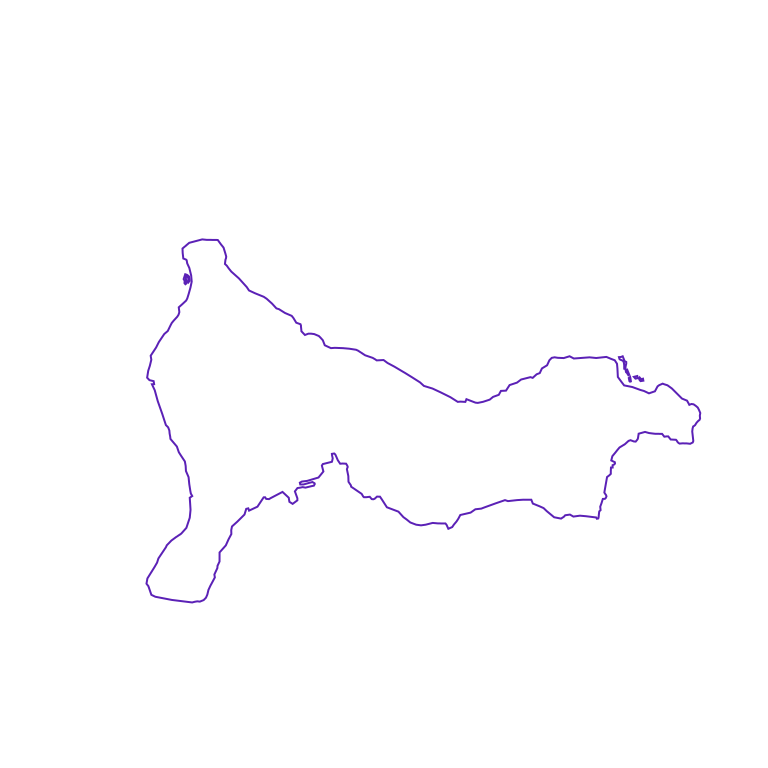 the district of Udot, Federated States of Micronesia, rotated 341°
{"feature_id": "79324940B84620093973822", "entity_name": "Udot", "entity_type": "district", "adm_level": 2, "iso_a3": "FSM", "parent_name": "Federated States of Micronesia", "parent_adm1": "", "projection": "mercator", "projection_center": [151.721, 7.382], "detail": "fine", "context": "isolated", "style": "outline", "palette": "violet", "viewbox_px": 768, "rotation_deg": 341, "n_neighbors": 0, "source": "geoboundaries", "source_scale": "gbopen_adm2", "svg_char_len": 5676}
<svg xmlns="http://www.w3.org/2000/svg" viewBox="0 0 768 768"><g transform="rotate(341 384 384)"><path d="M312.0,433.1L314.3,433.5L315.0,434.8L315.2,436.8L315.5,441.0L316.6,445.1L318.9,445.7L322.2,447.0L322.7,449.3L322.7,450.6L321.2,452.4L320.3,459.4L318.6,464.9L318.8,465.7L319.7,469.0L319.5,470.4L327.1,480.6L327.7,483.6L328.2,484.5L330.1,485.2L333.8,486.0L334.9,488.8L336.3,489.5L337.7,489.5L340.7,488.2L343.5,489.2L344.4,492.5L346.6,501.5L356.1,509.4L359.0,516.2L361.3,519.5L363.8,523.5L368.6,527.5L373.0,529.7L377.6,530.6L384.8,531.2L389.7,533.4L396.7,535.9L397.3,537.6L397.7,541.8L401.9,541.5L404.3,539.7L407.8,537.6L410.4,535.6L413.5,532.7L424.0,533.8L429.6,532.2L435.4,533.5L438.2,533.4L450.6,533.2L460.6,533.2L463.1,535.1L472.0,537.1L478.2,538.8L485.6,541.4L485.8,545.5L491.3,550.3L494.5,553.3L496.5,557.2L501.5,565.4L504.8,567.3L507.6,568.9L510.8,568.1L512.6,567.1L517.3,568.0L519.9,571.0L526.4,572.3L532.0,574.8L541.2,579.3L541.4,580.7L542.8,580.9L543.5,579.9L545.5,575.6L546.1,574.5L547.7,573.8L548.5,570.4L550.7,567.7L553.5,563.9L555.4,564.5L556.7,563.9L557.8,562.6L557.8,561.4L557.3,559.7L557.0,558.4L557.9,556.7L564.6,544.6L567.3,543.7L569.2,542.8L569.9,540.7L571.4,536.9L573.0,537.4L573.7,535.2L575.6,535.0L576.5,534.4L576.8,533.1L574.0,530.3L576.4,526.6L580.2,524.3L583.0,522.5L586.0,520.7L592.3,519.3L596.7,517.4L598.8,517.4L601.6,519.7L603.2,520.4L604.4,519.7L605.8,518.8L606.5,517.9L608.6,513.9L615.2,514.3L618.7,516.7L623.8,519.2L630.7,521.7L631.9,525.1L634.4,525.6L635.7,526.1L637.0,529.8L639.7,530.9L641.9,531.8L642.3,532.7L642.7,534.5L643.3,535.7L644.1,536.6L646.6,537.2L650.6,538.6L654.0,540.2L656.9,539.8L657.9,538.6L660.0,529.2L661.3,526.5L662.5,524.8L663.5,524.6L664.7,524.2L666.9,522.4L668.9,521.3L670.6,520.7L671.6,519.6L672.3,516.8L673.6,514.4L673.4,511.1L673.0,508.4L671.7,506.2L670.1,504.0L668.2,503.0L665.9,503.1L665.7,501.7L665.1,498.4L661.0,494.8L654.7,481.9L651.6,477.5L648.9,475.5L647.6,474.4L643.8,474.7L641.9,475.3L637.8,479.1L631.5,479.1L627.5,475.2L624.6,473.2L617.8,467.7L610.6,463.5L609.2,459.3L607.4,453.5L609.8,445.2L610.9,440.7L609.9,436.7L606.8,434.1L603.1,430.8L593.1,428.5L587.0,425.7L571.8,421.7L568.5,418.2L562.4,418.0L556.8,415.8L554.0,414.3L551.1,413.9L548.1,415.4L544.3,419.4L538.4,420.7L534.8,424.4L531.5,424.5L526.6,426.6L524.7,425.2L515.1,424.4L510.2,426.0L502.4,425.9L497.2,430.0L492.3,428.6L489.0,431.6L482.9,431.7L478.9,433.2L471.9,433.1L466.5,432.4L464.4,431.4L457.0,425.2L455.1,427.4L450.4,425.5L447.9,424.9L447.2,424.0L442.5,418.1L434.9,410.4L428.4,404.1L421.1,398.8L418.6,394.2L412.8,386.9L407.0,379.8L406.7,379.5L399.5,371.0L394.2,365.3L391.4,361.2L384.8,359.3L383.6,357.7L381.8,355.6L375.5,350.7L370.3,344.0L368.7,342.5L362.6,339.3L357.0,336.8L349.3,333.8L345.5,332.8L340.6,328.1L340.4,322.7L339.0,319.4L338.0,317.4L334.3,314.1L331.5,312.7L328.9,311.8L325.2,311.9L323.1,307.3L323.8,304.4L324.2,302.6L324.5,301.8L324.5,300.3L321.0,297.5L319.8,292.0L318.9,289.5L313.5,284.6L309.0,279.0L306.9,277.5L304.3,271.5L300.8,265.2L298.7,262.4L291.7,256.3L286.8,251.6L285.8,247.7L281.2,236.9L276.2,228.0L274.8,224.1L273.9,221.0L272.7,218.7L274.6,214.8L275.6,213.6L276.3,212.1L276.5,208.9L276.7,202.8L275.3,198.9L273.7,193.7L263.1,189.9L259.2,188.1L245.8,187.1L237.6,190.3L236.3,194.6L235.1,200.0L237.3,201.9L237.7,202.7L237.2,205.9L237.7,210.9L237.0,218.6L235.5,224.6L232.4,229.8L228.6,235.3L225.8,239.1L224.1,240.7L219.4,242.8L214.9,244.7L213.9,249.4L212.3,251.6L210.4,253.1L205.8,255.6L203.2,257.2L201.3,259.0L196.8,263.5L192.5,265.2L184.7,271.1L180.4,275.3L172.6,281.3L171.9,285.3L168.5,290.6L165.4,294.7L162.1,300.9L163.5,304.0L167.1,306.3L166.8,308.2L166.6,309.3L164.5,308.7L165.2,315.3L164.5,326.5L164.6,340.0L164.4,351.8L165.8,354.7L165.9,358.1L165.2,360.9L164.7,364.2L164.2,366.4L167.8,375.7L167.8,381.7L168.8,385.9L170.5,392.4L169.8,396.9L168.4,401.8L168.9,408.4L167.3,415.2L166.1,421.9L165.7,424.7L166.2,427.5L163.3,428.3L161.7,434.2L160.1,440.0L156.8,447.2L150.3,455.7L143.5,459.5L137.4,461.1L132.0,462.8L126.1,465.8L124.7,467.3L113.9,475.5L111.3,479.0L107.5,482.3L97.0,490.8L94.4,495.5L95.4,498.4L95.4,507.6L98.5,510.7L113.1,519.1L131.5,528.1L134.2,528.3L136.7,528.7L139.0,529.8L143.1,529.6L146.1,528.1L148.4,525.6L151.0,521.5L154.3,518.1L156.6,516.0L161.1,511.8L161.6,508.9L166.5,503.8L167.4,501.7L170.7,498.3L173.7,489.7L181.9,485.1L186.4,480.3L190.8,476.2L192.0,472.4L193.9,469.2L200.5,466.4L209.6,462.0L213.1,457.2L215.2,457.4L215.2,459.8L224.4,458.8L233.3,452.0L234.7,452.4L235.2,454.3L237.8,455.4L239.7,455.0L252.9,453.0L256.9,460.5L256.2,464.6L258.6,467.6L264.2,465.8L264.9,463.8L264.8,456.5L268.3,454.2L270.9,454.7L273.5,455.0L276.0,456.4L282.3,457.0L284.6,457.3L286.0,456.0L286.0,455.2L284.4,453.4L280.5,453.1L275.3,452.8L272.1,451.7L272.3,449.9L274.6,449.5L279.8,450.6L291.6,451.1L298.2,447.0L298.7,440.9L300.1,439.8L309.4,440.6L310.1,439.6L311.3,437.6L311.7,434.2L312.0,433.1ZM616.9,435.6L614.9,435.1L614.8,437.1L615.3,437.9L616.4,438.8L617.7,440.2L617.7,442.2L617.2,444.5L616.1,447.8L617.0,448.4L618.2,446.0L619.7,443.6L620.2,442.0L619.0,440.8L618.7,435.5L616.9,435.6ZM228.7,225.0L229.9,224.6L231.0,220.0L231.3,218.6L232.7,216.2L231.8,215.5L228.7,219.6L229.1,221.5L228.2,223.7L228.7,225.0ZM617.9,455.3L618.9,455.2L618.6,449.5L617.0,449.3L616.7,451.6L617.3,452.6L617.9,455.3ZM630.3,465.3L630.6,463.3L628.7,463.2L627.9,461.2L626.9,462.3L626.9,463.1L627.5,464.8L630.3,465.3ZM232.0,224.3L233.6,223.3L234.6,218.8L233.9,217.6L232.9,218.5L233.2,219.2L233.4,220.1L232.7,222.2L231.7,223.2L232.0,224.3ZM626.0,461.1L626.1,458.9L622.6,458.6L623.5,460.8L626.0,461.1ZM618.3,461.9L618.9,458.7L619.0,457.5L617.4,458.0L617.0,461.2L617.4,461.9L618.3,461.9Z" fill="none" stroke="#5b21b6" stroke-width="2"/></g></svg>